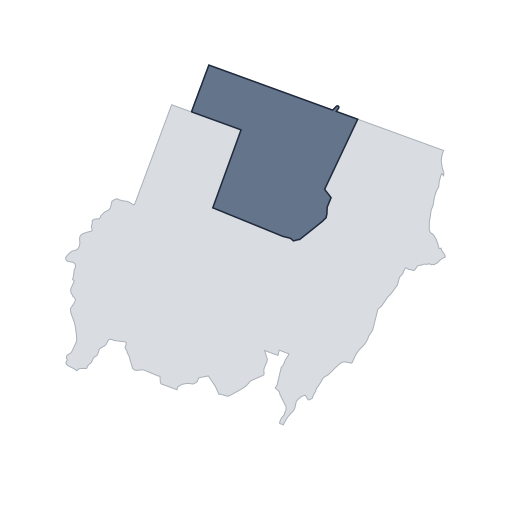 Northern highlighted on a map of Sudan, rotated 20°
{"feature_id": "SDN-878", "entity_name": "Northern", "entity_type": "State", "adm_level": 1, "iso_a3": "SDN", "parent_name": "Sudan", "parent_adm1": "", "projection": "natural_earth1", "projection_center": [29.004, 19.383], "detail": "fine", "context": "in_parent", "style": "filled", "palette": "slate", "viewbox_px": 512, "rotation_deg": 20, "n_neighbors": 0, "source": "natural_earth", "source_scale": "10m", "svg_char_len": 5224}
<svg xmlns="http://www.w3.org/2000/svg" viewBox="0 0 512 512"><g transform="rotate(20 256 256)"><path d="M339.5,405.3L335.5,405.3L335.1,404.2L335.1,401.2L335.5,398.9L337.0,395.3L336.6,393.4L336.8,390.5L335.8,387.4L326.1,378.2L324.3,375.6L319.1,373.3L320.0,370.7L317.8,351.9L318.8,349.7L319.1,346.4L319.1,343.6L320.3,338.7L320.4,336.7L310.2,336.5L310.1,338.6L310.6,340.9L310.6,341.9L296.4,341.9L302.1,349.3L302.4,352.5L302.1,356.6L302.1,359.2L302.5,360.9L304.0,364.2L303.9,364.8L303.6,365.6L293.5,375.4L291.8,380.0L290.5,382.4L287.6,386.4L278.4,396.9L276.9,397.6L269.9,398.0L269.2,398.2L268.7,398.7L268.4,398.6L262.4,392.4L252.3,385.0L245.6,388.9L243.8,390.3L243.7,393.9L242.7,395.7L240.9,397.7L236.0,398.9L233.4,400.0L230.4,402.0L227.4,405.4L227.2,407.1L227.5,408.7L210.5,408.6L209.3,407.4L206.9,401.8L205.1,402.2L189.6,401.5L187.4,402.1L182.9,404.4L180.7,404.7L178.4,403.7L170.3,392.7L168.5,391.4L166.7,388.8L164.9,387.7L164.3,386.8L164.2,385.7L164.2,383.3L163.6,381.8L162.4,381.4L151.4,384.0L149.8,383.7L147.5,384.1L146.7,384.6L145.8,386.0L145.6,389.0L145.3,390.5L144.5,392.2L141.3,395.9L140.6,397.5L140.8,401.6L140.6,403.7L140.1,404.6L138.7,406.2L138.2,407.1L137.7,412.3L135.9,415.5L135.5,416.6L135.4,418.9L135.2,419.6L130.2,421.4L128.3,422.6L127.2,424.3L126.9,425.1L124.8,424.5L122.1,424.0L116.9,423.4L114.8,422.6L113.9,421.4L114.2,418.2L113.7,417.5L112.8,416.9L112.3,415.6L112.4,413.9L115.2,410.3L115.7,408.3L116.5,399.1L116.3,396.3L114.1,391.1L109.2,382.2L108.0,380.5L101.8,373.2L101.1,372.1L99.6,369.0L101.3,362.2L101.4,360.3L101.0,358.4L99.4,357.0L98.0,356.8L96.2,355.0L95.0,354.2L94.0,352.6L93.2,350.3L93.8,342.3L93.5,341.3L91.9,341.0L91.5,340.4L91.6,338.9L90.7,334.3L89.8,330.6L90.3,328.5L89.0,325.6L86.5,324.4L81.5,325.4L80.0,325.2L78.9,324.7L78.2,323.6L77.8,322.4L78.2,320.6L79.6,317.2L81.4,314.4L85.0,311.8L85.9,310.5L86.5,309.0L86.6,307.2L86.4,305.4L86.0,303.8L84.9,301.6L84.0,299.0L84.0,297.3L84.5,296.0L85.4,294.5L89.0,291.5L92.6,289.1L93.3,288.2L93.0,287.2L91.4,285.2L90.9,281.3L90.0,278.5L91.8,276.5L93.2,275.7L95.3,275.1L96.2,274.3L96.4,272.6L96.4,271.0L97.2,269.9L98.2,267.4L99.0,266.2L101.8,263.3L102.5,261.4L102.6,259.6L101.9,254.0L103.5,251.7L105.6,249.8L108.5,250.0L113.1,249.5L116.2,248.7L118.4,248.8L123.5,249.8L124.0,249.3L124.3,247.9L125.0,142.7L145.8,142.7L146.0,142.5L146.4,92.7L277.2,92.7L278.3,92.5L280.3,87.9L281.2,87.5L282.5,87.8L283.0,88.9L281.9,92.7L396.1,92.7L396.4,98.4L397.4,102.9L400.8,109.4L403.6,112.9L404.6,114.9L404.7,115.8L404.6,116.6L403.7,115.6L402.3,115.0L402.2,118.0L402.9,124.3L404.1,128.6L403.3,132.7L403.5,139.5L405.1,147.8L404.9,153.0L407.4,165.2L409.8,172.0L411.1,173.7L412.6,174.6L415.3,175.2L419.5,178.6L422.7,182.3L423.9,184.2L425.5,186.3L426.5,185.9L427.2,185.3L428.3,187.0L433.4,190.7L434.2,192.4L432.4,194.0L430.3,196.9L429.3,199.6L428.8,200.4L427.1,202.1L426.8,202.9L426.1,203.4L425.3,203.4L423.5,204.3L422.0,204.0L420.4,204.5L419.8,205.2L418.6,205.7L416.9,206.0L414.2,208.3L411.9,209.4L411.1,210.3L410.0,214.7L409.1,215.9L405.7,216.0L404.0,216.4L401.7,215.9L400.6,216.0L400.3,216.9L399.9,220.8L400.0,222.4L398.1,226.8L398.8,235.0L397.0,241.1L396.7,242.6L394.9,247.4L393.9,249.2L391.6,258.3L390.7,261.1L388.7,264.0L391.0,285.9L389.3,292.6L389.4,296.2L388.3,301.6L387.3,304.1L385.8,307.1L384.5,310.4L383.5,314.9L382.8,323.2L382.4,324.0L376.3,325.0L374.4,325.6L373.1,326.6L371.5,328.7L368.4,334.6L366.8,338.2L364.3,343.2L361.3,346.7L360.7,348.4L360.2,351.5L359.1,356.5L358.1,360.1L358.3,363.0L357.4,367.9L357.6,370.4L356.5,371.7L355.1,373.0L354.2,373.3L349.9,370.0L346.9,372.3L345.0,375.5L343.6,378.7L344.5,385.6L344.4,387.1L344.0,388.8L341.2,395.5L340.4,398.6L339.5,404.0L339.5,405.3Z" fill="#d9dde1" stroke="#a8b0b8" stroke-width="1"/><path d="M282.0,92.7L283.2,92.7L283.8,92.7L285.9,92.7L288.1,92.7L290.2,92.7L292.4,92.7L294.5,92.7L296.7,92.7L298.8,92.7L301.0,92.7L303.1,92.7L304.8,92.7L297.7,169.6L297.8,169.8L297.9,170.0L306.5,175.4L306.6,175.5L306.2,185.9L306.3,186.1L308.4,192.7L308.4,193.9L308.8,195.9L306.5,200.8L291.3,225.7L290.5,225.9L286.0,229.0L283.0,227.8L281.9,227.6L274.6,228.4L198.9,225.5L198.8,142.6L146.5,142.6L146.1,142.3L146.1,139.6L146.1,137.2L146.1,134.8L146.1,132.4L146.1,130.1L146.2,126.9L146.2,123.8L146.2,120.7L146.2,117.6L146.3,114.5L146.3,111.4L146.3,108.3L146.3,105.1L146.3,102.0L146.4,98.9L146.4,95.8L146.4,92.7L148.5,92.7L150.5,92.7L152.5,92.7L154.6,92.7L156.6,92.7L158.7,92.7L160.7,92.7L162.8,92.7L164.8,92.7L166.9,92.7L168.9,92.7L170.9,92.7L173.0,92.7L175.0,92.7L177.1,92.7L179.1,92.7L181.2,92.7L183.2,92.7L185.3,92.7L187.3,92.7L189.3,92.7L191.4,92.7L193.4,92.7L195.5,92.7L197.5,92.7L199.6,92.7L201.6,92.7L203.6,92.7L205.7,92.7L207.7,92.7L209.8,92.7L211.8,92.7L213.9,92.7L215.9,92.7L218.0,92.7L220.0,92.7L222.0,92.7L224.1,92.7L226.1,92.7L228.2,92.7L230.2,92.7L232.3,92.7L234.3,92.7L236.4,92.7L238.4,92.7L240.4,92.7L242.5,92.7L244.5,92.7L246.6,92.7L248.6,92.7L250.7,92.7L252.7,92.7L254.7,92.7L256.8,92.7L258.8,92.7L260.9,92.7L262.9,92.7L265.0,92.7L267.0,92.7L269.1,92.7L271.1,92.7L273.1,92.7L275.2,92.7L277.2,92.7L278.0,92.7L278.3,92.5L279.3,90.2L280.3,87.9L280.9,87.2L281.3,87.0L281.7,86.9L282.1,87.0L282.5,87.2L282.9,87.7L283.1,88.2L283.1,88.9L282.6,90.5L282.0,92.7Z" fill="#64748b" stroke="#1e293b" stroke-width="1.5"/></g></svg>